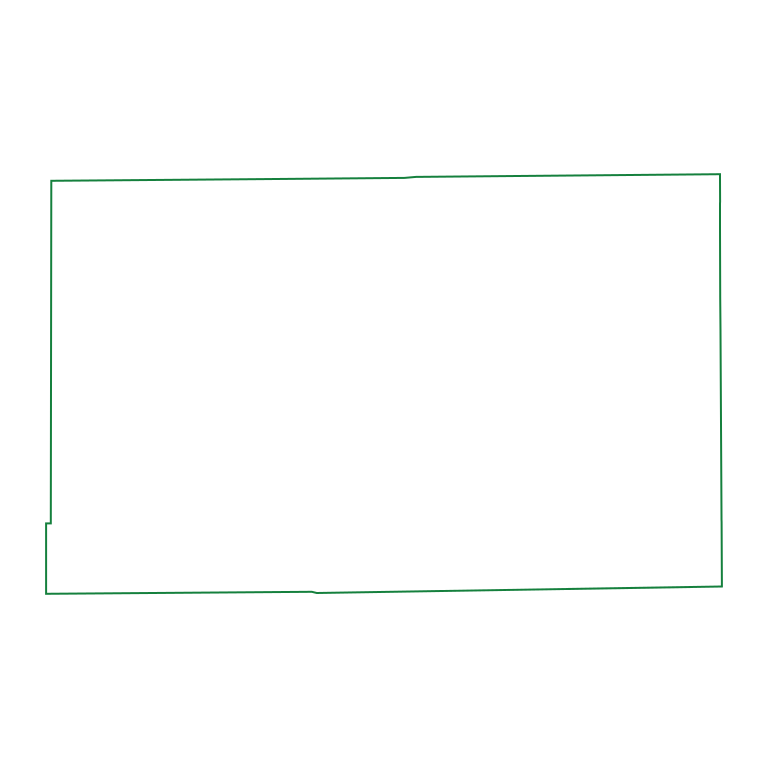 the district of Kit Carson, Colorado, United States of America
{"feature_id": "52423323B73270525883232", "entity_name": "Kit Carson", "entity_type": "district", "adm_level": 2, "iso_a3": "USA", "parent_name": "United States of America", "parent_adm1": "Colorado", "projection": "mercator", "projection_center": [-102.364, 39.306], "detail": "fine", "context": "isolated", "style": "outline", "palette": "green", "viewbox_px": 768, "rotation_deg": 0, "n_neighbors": 0, "source": "geoboundaries", "source_scale": "gbopen_adm2", "svg_char_len": 411}
<svg xmlns="http://www.w3.org/2000/svg" viewBox="0 0 768 768"><path d="M721.9,586.5L721.6,522.0L721.5,519.3L721.5,516.3L720.8,386.5L720.5,331.3L720.3,307.9L720.2,296.4L720.2,292.4L720.0,227.4L720.0,203.5L720.1,201.7L720.0,178.8L720.0,174.2L416.0,176.9L404.6,177.9L264.1,179.1L51.3,180.8L50.8,523.4L46.1,523.4L46.1,593.8L311.8,591.8L316.8,593.0L721.9,586.5Z" fill="none" stroke="#15803d" stroke-width="2"/></svg>